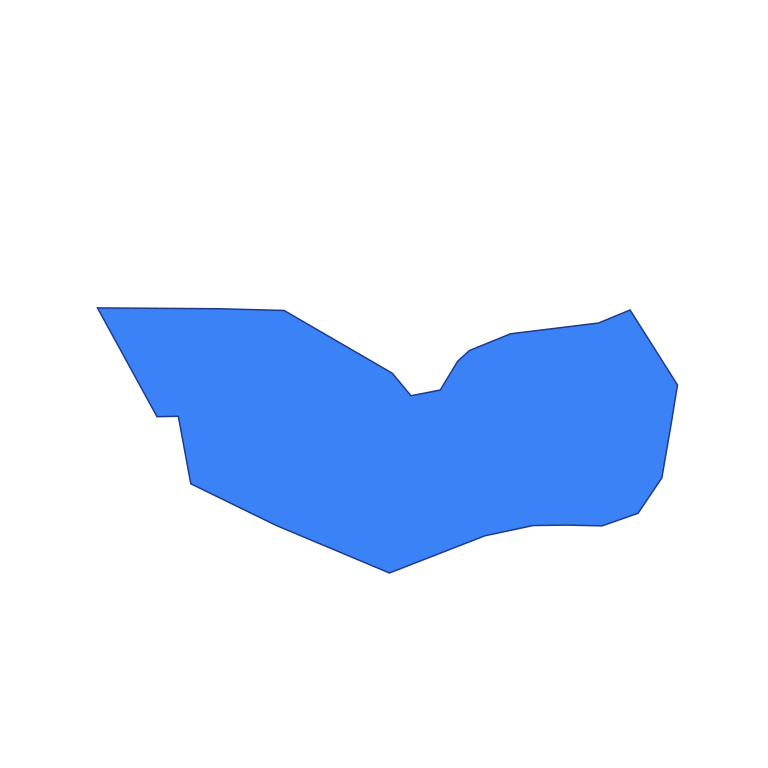 Gangbuk-gu, Seoul, South Korea (Natural Earth projection), rotated 296°
{"feature_id": "91817680B92844029998138", "entity_name": "Gangbuk-gu", "entity_type": "district", "adm_level": 2, "iso_a3": "KOR", "parent_name": "South Korea", "parent_adm1": "Seoul", "projection": "natural_earth1", "projection_center": [127.017, 37.641], "detail": "fine", "context": "isolated", "style": "filled", "palette": "blue", "viewbox_px": 768, "rotation_deg": 296, "n_neighbors": 0, "source": "geoboundaries", "source_scale": "gbopen_adm2", "svg_char_len": 470}
<svg xmlns="http://www.w3.org/2000/svg" viewBox="0 0 768 768"><g transform="rotate(296 384 384)"><path d="M216.5,471.7L291.8,541.2L322.0,579.8L337.0,609.5L352.1,642.2L379.2,669.0L421.4,674.9L472.7,660.0L511.8,648.2L558.4,572.7L532.9,550.1L484.7,475.8L451.6,446.1L436.5,440.2L403.3,437.2L385.3,413.4L397.3,386.7L406.3,261.9L379.2,202.5L326.8,93.1L255.1,194.3L264.8,213.3L209.6,254.1L209.6,349.3L216.5,471.7Z" fill="#3b82f6" stroke="#1e3a8a" stroke-width="1.5"/></g></svg>